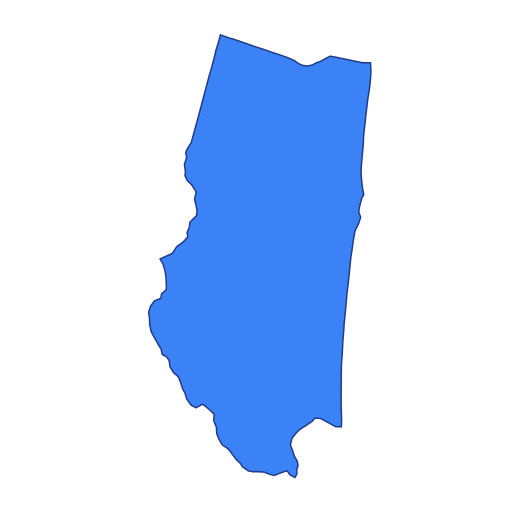 the district of Saquarema, Rio de Janeiro, Brazil, rotated 275°
{"feature_id": "56859067B78416297759673", "entity_name": "Saquarema", "entity_type": "district", "adm_level": 2, "iso_a3": "BRA", "parent_name": "Brazil", "parent_adm1": "Rio de Janeiro", "projection": "mercator", "projection_center": [-42.533, -22.871], "detail": "fine", "context": "isolated", "style": "filled", "palette": "blue", "viewbox_px": 512, "rotation_deg": 275, "n_neighbors": 0, "source": "geoboundaries", "source_scale": "gbopen_adm2", "svg_char_len": 2254}
<svg xmlns="http://www.w3.org/2000/svg" viewBox="0 0 512 512"><g transform="rotate(275 256 256)"><path d="M363.3,181.6L358.0,178.8L353.0,176.9L348.3,178.3L340.9,176.7L334.1,178.3L329.7,178.3L325.2,181.0L321.3,185.7L314.7,190.9L307.6,189.8L301.7,191.7L296.2,193.4L290.9,193.2L287.1,189.8L283.6,187.1L278.6,187.1L273.5,185.3L269.1,186.4L263.6,182.2L258.6,176.4L251.3,172.3L244.7,160.7L239.6,164.2L234.0,166.4L228.5,167.9L222.9,168.7L218.7,169.3L214.5,169.5L210.1,165.2L205.6,164.9L202.4,158.7L196.9,155.4L190.7,154.0L184.3,155.4L178.2,156.1L171.3,158.3L166.5,161.4L162.9,164.0L159.2,166.4L154.8,169.7L149.7,171.1L147.6,175.9L144.2,178.6L138.1,180.0L132.6,184.1L128.7,189.3L122.9,192.2L117.6,194.3L113.2,197.2L107.2,199.6L101.6,204.5L99.6,209.6L103.7,215.5L101.6,219.2L98.1,224.0L94.5,228.2L88.4,228.2L81.9,231.5L75.8,232.3L70.3,235.0L64.8,239.0L61.5,245.0L57.3,248.9L51.3,254.3L48.3,258.2L44.8,261.0L41.3,267.0L40.8,271.5L41.3,277.0L41.4,283.0L39.7,288.9L39.0,293.3L42.1,299.5L44.8,305.7L41.0,308.8L38.8,314.2L42.6,315.7L46.7,315.2L50.7,316.2L55.1,315.0L59.9,311.7L65.6,309.3L70.8,306.7L77.7,307.8L83.5,311.7L87.3,315.0L90.6,319.5L93.4,322.9L96.0,326.2L99.6,328.8L99.8,334.5L95.4,344.6L92.9,350.2L93.3,355.9L100.0,355.6L105.8,354.9L113.4,354.0L119.6,353.4L132.6,352.3L141.1,351.6L147.4,351.1L155.5,350.6L166.8,350.4L173.4,350.2L179.5,349.9L185.1,349.9L189.2,349.9L196.5,349.7L208.3,349.9L214.7,349.9L219.5,349.9L227.9,349.9L235.0,350.2L244.9,350.4L253.9,350.5L263.2,350.6L273.3,351.3L277.7,351.4L283.9,351.9L289.8,352.5L297.3,355.4L303.7,356.9L308.5,354.6L312.7,354.6L317.3,355.4L322.6,356.3L326.5,358.0L332.5,356.3L338.0,355.1L343.3,354.2L348.1,353.4L354.5,353.1L363.1,353.1L372.2,353.1L378.2,353.1L382.7,352.8L389.3,352.8L399.6,353.1L407.3,353.2L415.5,353.5L423.0,353.7L428.7,354.2L436.7,354.6L441.7,354.6L446.1,354.6L450.3,354.4L458.5,353.2L457.8,345.1L458.6,338.6L461.0,318.3L461.5,312.4L458.5,307.6L455.8,303.8L453.8,299.5L451.3,295.6L449.8,291.3L449.9,286.1L451.3,281.8L454.3,276.7L456.5,269.8L458.9,260.3L460.4,253.6L461.8,248.3L463.0,243.3L464.2,237.9L470.1,214.6L470.8,210.3L473.2,201.3L466.4,200.1L456.9,198.1L451.6,197.4L438.9,195.2L431.1,193.6L393.7,187.1L381.9,185.0L363.3,181.6Z" fill="#3b82f6" stroke="#1e3a8a" stroke-width="1.5"/></g></svg>